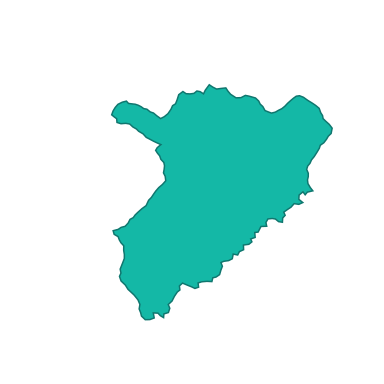 Cedro do Abaeté, Minas Gerais, Brazil, rotated 207°
{"feature_id": "56859067B21922864166486", "entity_name": "Cedro do Abaeté", "entity_type": "district", "adm_level": 2, "iso_a3": "BRA", "parent_name": "Brazil", "parent_adm1": "Minas Gerais", "projection": "mercator", "projection_center": [-45.692, -19.108], "detail": "fine", "context": "isolated", "style": "filled", "palette": "teal", "viewbox_px": 384, "rotation_deg": 207, "n_neighbors": 0, "source": "geoboundaries", "source_scale": "gbopen_adm2", "svg_char_len": 2752}
<svg xmlns="http://www.w3.org/2000/svg" viewBox="0 0 384 384"><g transform="rotate(207 192 192)"><path d="M218.3,83.9L214.8,80.5L209.1,78.8L204.8,76.2L200.9,75.1L196.8,73.9L191.2,71.4L187.4,68.2L186.0,63.8L183.0,61.2L180.7,58.5L175.7,57.0L171.6,59.2L168.5,62.6L171.6,66.7L167.3,68.6L164.0,67.4L160.3,67.2L161.7,70.6L158.3,73.9L159.0,78.3L162.1,81.0L160.3,85.7L160.3,91.1L159.7,96.2L158.3,99.2L160.6,102.6L159.1,106.5L153.7,106.9L149.4,107.3L145.6,107.4L142.9,110.2L145.3,113.7L142.6,116.4L138.1,119.2L133.6,121.2L134.5,125.0L132.0,127.1L129.9,130.9L130.8,135.6L131.2,139.6L134.2,142.3L132.2,144.7L128.2,147.5L125.8,150.8L127.1,155.4L122.7,156.6L122.7,160.4L119.8,164.0L122.1,168.1L117.6,171.2L116.0,174.8L118.4,176.8L115.1,180.2L117.7,184.4L114.9,186.3L114.9,192.6L109.9,195.4L112.3,198.4L112.1,202.5L108.5,204.8L105.4,205.8L101.4,204.9L97.7,206.1L99.4,210.0L98.4,213.5L101.1,215.7L98.9,219.9L96.9,223.4L95.7,228.0L91.2,229.5L88.5,232.9L93.5,234.0L95.2,237.9L93.2,242.5L89.9,240.9L89.2,244.2L84.9,247.9L88.5,249.6L92.5,252.1L94.6,255.2L95.4,258.5L96.9,261.5L100.1,264.2L100.7,267.8L99.9,271.1L100.1,274.9L99.2,279.0L98.7,284.2L98.4,288.7L98.9,291.9L96.9,295.7L96.1,300.0L95.9,303.6L94.6,307.3L96.1,312.5L100.5,314.6L105.0,315.8L108.5,316.9L110.4,319.4L113.3,321.1L116.7,324.3L121.2,325.3L125.3,325.8L130.4,326.2L135.7,327.0L139.9,326.6L142.6,324.7L144.2,321.6L145.6,318.3L147.1,314.4L148.2,310.6L149.8,307.0L152.0,304.1L154.0,301.0L157.0,298.4L160.4,298.0L163.9,297.7L167.7,300.3L171.2,301.3L173.8,303.3L178.1,304.6L184.7,303.3L188.3,302.3L191.2,298.3L195.5,295.9L202.0,296.6L205.8,298.2L209.1,300.1L213.4,297.3L216.8,294.9L221.1,294.9L225.3,295.4L226.4,288.7L226.3,284.7L230.4,285.1L233.5,284.2L235.0,280.8L238.3,278.5L241.9,276.9L245.7,277.4L248.0,272.7L247.1,267.3L246.7,263.1L248.5,260.1L248.3,256.1L249.0,250.8L250.9,246.5L253.3,243.2L257.9,243.9L262.2,244.9L265.5,244.4L269.8,245.3L272.9,244.4L276.1,244.9L279.3,244.9L282.5,244.4L285.4,243.3L288.8,242.1L291.7,243.2L294.9,240.4L297.8,236.5L298.8,232.4L299.1,228.4L298.6,224.3L295.5,223.6L292.4,223.1L290.4,219.9L286.3,220.6L282.2,223.1L278.4,224.3L274.2,223.1L270.1,222.9L267.1,221.9L262.0,221.6L257.6,219.9L254.1,219.9L249.2,219.8L245.4,219.9L241.2,220.1L243.1,215.9L243.3,212.6L240.4,210.9L237.2,209.5L234.6,207.0L230.5,205.5L228.4,202.9L227.1,199.5L226.1,196.1L223.0,193.8L220.5,190.1L221.8,185.2L223.6,180.9L224.7,176.5L225.3,172.3L225.7,168.8L226.9,165.0L226.7,159.0L229.0,154.5L230.9,149.6L232.2,145.9L232.7,142.5L234.8,139.5L234.8,135.3L236.0,131.1L239.1,128.3L240.8,125.2L244.7,121.7L242.1,118.9L237.6,118.7L235.0,116.3L232.2,114.5L228.4,113.1L226.4,109.0L223.9,105.6L222.1,102.0L221.6,97.3L221.0,90.7L218.5,87.5L218.3,83.9Z" fill="#14b8a6" stroke="#0f766e" stroke-width="1.5"/></g></svg>